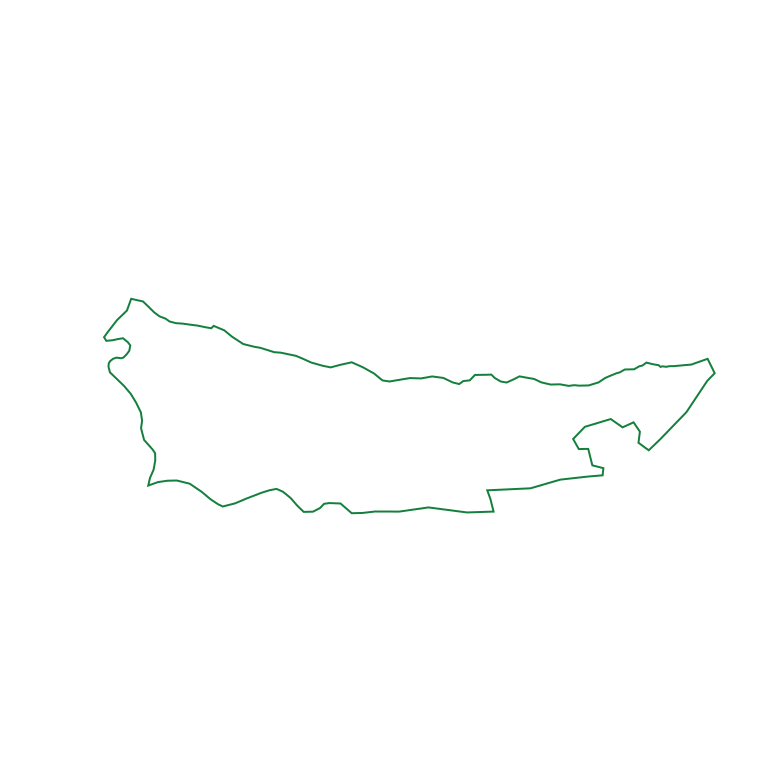 Kuyichirchik, Tashkent, Uzbekistan, rotated 41°
{"feature_id": "79887680B71620655639392", "entity_name": "Kuyichirchik", "entity_type": "district", "adm_level": 2, "iso_a3": "UZB", "parent_name": "Uzbekistan", "parent_adm1": "Tashkent", "projection": "orthographic", "projection_center": [68.959, 40.953], "detail": "fine", "context": "isolated", "style": "outline", "palette": "green", "viewbox_px": 768, "rotation_deg": 41, "n_neighbors": 0, "source": "geoboundaries", "source_scale": "gbopen_adm2", "svg_char_len": 2193}
<svg xmlns="http://www.w3.org/2000/svg" viewBox="0 0 768 768"><g transform="rotate(41 384 384)"><path d="M626.5,158.9L611.7,152.7L605.1,164.3L603.3,167.6L597.2,173.9L591.1,180.3L587.6,183.4L585.8,185.8L582.4,188.1L581.5,189.7L579.0,189.6L573.9,192.7L568.0,195.7L566.9,200.6L565.1,203.0L563.1,208.8L559.7,211.9L556.2,215.1L554.2,220.8L552.5,223.2L548.8,230.5L546.9,234.6L544.9,242.0L539.4,250.8L532.5,257.1L528.2,260.2L524.7,264.2L517.0,268.8L510.1,275.1L501.6,279.6L494.0,281.7L488.9,284.8L481.2,289.4L479.3,294.3L475.6,302.4L470.5,305.5L463.8,306.8L458.8,306.5L455.4,309.7L446.7,317.5L446.3,325.0L441.9,329.8L440.8,334.7L434.9,337.7L424.8,340.5L415.4,346.7L408.3,355.5L399.7,362.5L394.4,368.9L386.5,378.5L380.5,382.3L369.7,382.6L357.2,385.2L345.4,388.8L338.3,398.4L332.9,406.4L326.1,410.3L315.1,415.5L305.8,418.3L299.1,420.5L292.3,424.3L285.5,428.1L280.3,432.0L266.8,437.9L261.7,441.0L251.5,446.2L238.2,448.0L228.2,448.3L217.3,451.9L217.1,455.2L212.0,458.3L205.2,462.1L198.3,466.7L192.3,470.6L187.2,474.5L181.2,477.5L176.2,478.0L170.3,480.2L163.7,480.7L157.1,480.3L149.7,479.9L148.0,479.8L137.3,485.6L141.8,497.2L140.6,511.0L141.4,525.5L142.0,532.3L146.1,533.6L150.4,529.1L153.7,524.7L157.0,520.7L163.1,520.5L167.2,521.3L170.0,526.1L170.3,530.7L170.0,534.9L168.9,536.9L164.7,539.7L163.0,542.7L162.3,546.3L162.7,548.9L164.6,551.6L169.5,555.0L179.7,555.5L188.9,556.0L199.5,557.6L209.1,560.7L219.1,564.9L225.5,570.4L229.7,576.8L239.6,583.6L252.8,585.3L256.8,586.5L261.7,592.0L266.4,600.0L269.0,608.4L272.7,615.3L277.8,606.3L284.0,599.1L290.9,592.8L302.8,586.7L317.0,585.0L328.6,584.8L337.7,583.6L342.7,582.2L349.9,571.8L355.5,560.4L362.8,546.6L367.3,539.3L371.7,533.7L378.4,531.6L388.4,531.3L398.2,532.7L407.3,533.2L414.2,526.9L417.1,519.5L417.4,513.7L420.9,509.7L429.6,502.7L444.4,502.7L452.2,495.6L461.0,486.0L479.2,470.3L498.5,448.0L530.9,426.5L550.4,408.4L539.8,401.0L531.7,396.5L563.0,366.6L579.8,340.5L598.5,320.2L608.9,309.5L604.8,303.6L594.6,308.7L580.7,299.0L573.7,305.3L562.8,301.4L563.7,284.5L578.1,261.7L592.5,260.2L597.5,249.2L608.4,252.1L614.6,261.4L623.5,260.7L627.3,260.3L628.7,244.7L630.7,206.7L625.9,169.6L626.5,158.9Z" fill="none" stroke="#15803d" stroke-width="2"/></g></svg>